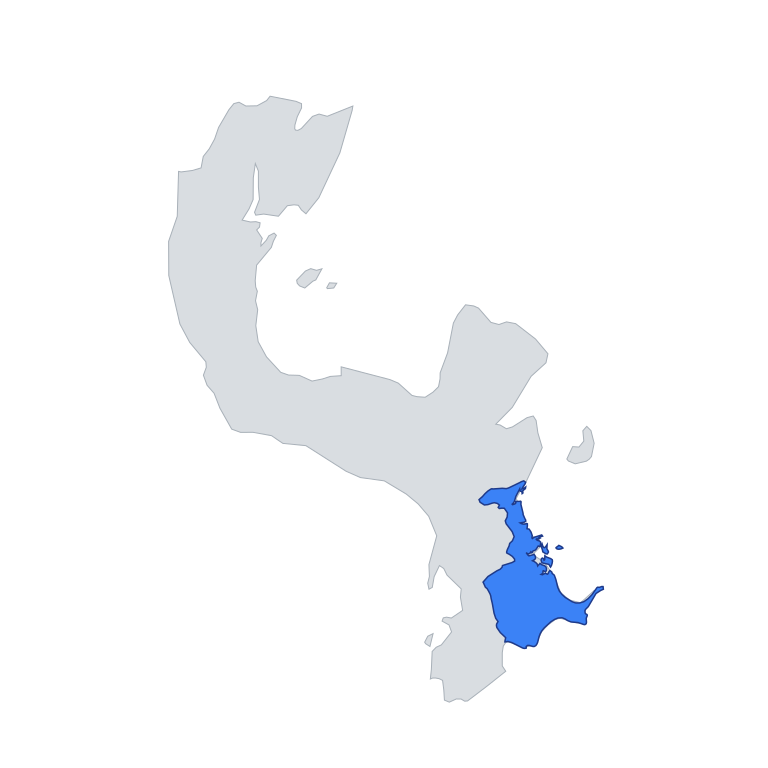 Chiriquí on a map of Panama (Natural Earth projection), rotated 232°
{"feature_id": "PAN-1332", "entity_name": "Chiriquí", "entity_type": "Province", "adm_level": 1, "iso_a3": "PAN", "parent_name": "Panama", "parent_adm1": "", "projection": "natural_earth1", "projection_center": [-82.256, 8.459], "detail": "fine", "context": "in_parent", "style": "filled", "palette": "blue", "viewbox_px": 768, "rotation_deg": 232, "n_neighbors": 0, "source": "natural_earth", "source_scale": "10m", "svg_char_len": 6880}
<svg xmlns="http://www.w3.org/2000/svg" viewBox="0 0 768 768"><g transform="rotate(232 384 384)"><path d="M678.0,353.0L676.0,354.7L670.2,364.5L666.9,372.9L674.6,381.7L676.9,391.1L681.3,401.3L688.0,411.6L695.6,430.6L697.4,438.3L695.3,443.2L688.1,446.3L681.4,455.2L679.6,466.0L680.9,471.4L660.9,488.7L655.7,491.6L652.3,489.0L648.0,480.2L642.9,473.2L640.1,470.8L638.5,470.6L636.9,472.3L636.2,476.1L638.9,492.4L636.7,499.0L629.9,504.1L622.2,530.6L619.1,527.2L593.3,491.5L570.9,447.3L566.2,427.3L572.0,426.1L577.6,426.5L580.6,423.4L584.0,417.6L581.2,404.1L592.0,393.8L596.0,386.9L599.0,387.7L606.1,399.5L616.4,406.2L629.1,416.1L636.9,418.3L627.0,408.0L609.9,394.4L605.1,385.5L600.5,373.1L593.9,378.5L590.8,383.0L587.3,385.6L584.3,382.5L583.8,378.5L573.7,377.7L571.1,374.0L568.5,372.0L569.7,379.7L571.7,384.5L570.6,390.3L567.4,390.7L564.6,384.7L561.0,379.3L556.1,356.8L544.7,346.1L539.4,342.6L535.1,341.3L528.7,334.0L520.3,330.2L508.9,318.9L494.8,310.9L477.7,308.1L456.8,309.8L449.8,314.3L445.1,320.0L442.9,322.6L430.6,329.1L425.9,338.5L423.0,346.4L416.9,355.4L423.9,360.8L383.8,391.4L375.9,395.8L357.8,399.0L353.7,402.2L348.2,408.3L347.4,417.5L348.3,425.3L353.5,431.3L358.2,435.1L369.4,453.3L389.3,476.2L393.1,484.6L396.2,497.0L390.2,502.8L385.6,505.2L366.7,506.2L360.1,511.2L357.5,518.8L350.5,524.9L326.1,531.1L306.9,531.8L301.0,524.7L299.5,504.7L286.6,470.7L283.5,447.3L280.3,450.2L273.4,452.9L271.1,458.8L269.4,476.0L266.9,481.9L261.6,481.4L250.8,475.2L236.4,469.5L218.0,432.9L216.0,426.0L212.4,417.7L198.2,414.3L186.2,408.1L172.9,407.2L166.2,410.6L159.3,406.2L158.1,396.2L144.3,400.7L126.5,399.1L110.6,394.8L99.7,397.1L90.6,404.2L91.9,422.5L89.2,426.1L88.8,418.6L85.6,410.0L81.8,402.9L73.8,395.6L73.4,392.9L76.6,389.1L91.1,378.5L92.9,374.0L93.2,364.8L91.8,355.9L85.2,342.8L89.0,334.8L96.5,328.3L104.1,323.2L105.4,321.0L104.0,316.6L99.5,311.8L89.0,303.6L82.7,303.1L82.5,279.6L82.8,254.7L84.4,252.3L88.3,250.8L91.3,247.0L93.1,239.6L97.7,237.0L106.0,242.7L114.4,247.7L117.9,246.0L120.6,243.6L122.4,241.2L123.0,238.9L129.8,245.5L143.6,257.3L144.4,263.1L143.1,268.6L147.0,284.6L154.1,286.9L161.4,283.8L163.2,286.7L161.8,289.7L158.1,293.0L157.2,306.6L169.0,313.0L175.0,318.7L194.6,316.0L201.8,317.5L206.8,315.9L201.3,304.9L194.0,296.8L194.6,293.1L200.1,295.8L204.4,301.3L214.0,308.2L231.9,332.1L252.3,337.8L268.4,337.1L283.5,333.8L307.5,324.6L324.8,307.8L338.6,300.4L383.5,284.5L399.4,267.8L406.1,265.6L412.5,263.6L426.6,251.0L434.2,241.2L442.2,236.2L465.9,239.8L481.3,244.4L491.9,243.8L502.1,247.1L506.6,254.3L511.2,257.3L536.3,256.5L556.9,260.1L602.0,281.2L629.0,302.1L643.4,324.3L678.0,353.0ZM225.8,517.7L219.9,518.4L207.9,513.1L199.1,502.8L198.4,499.4L198.6,496.0L203.4,485.5L209.8,481.9L212.3,481.9L218.5,494.1L214.3,498.8L216.0,506.3L224.7,511.9L225.8,517.7ZM515.1,400.8L513.0,406.0L508.0,394.3L508.8,391.3L508.4,380.7L513.2,377.9L516.7,377.6L519.6,379.1L521.4,391.6L520.0,397.3L515.1,400.8ZM158.3,263.2L157.1,269.0L148.9,258.6L153.8,256.9L155.5,257.1L158.3,263.2ZM497.3,403.3L492.5,408.8L490.6,403.5L494.0,398.1L495.1,398.1L497.3,403.3Z" fill="#d9dde1" stroke="#a8b0b8" stroke-width="1"/><path d="M77.5,402.0L76.8,401.9L76.2,401.4L75.2,399.6L74.6,398.9L71.6,396.9L70.6,395.7L70.7,394.1L71.7,393.2L76.5,390.1L81.3,384.9L84.4,383.1L87.4,382.0L90.2,380.4L92.5,377.0L93.5,373.4L93.9,369.0L93.2,360.3L92.4,356.6L91.1,353.4L89.3,350.5L85.9,346.1L85.0,344.5L84.4,342.7L84.6,340.9L85.4,339.8L88.6,337.5L89.6,336.2L89.6,334.5L88.8,333.9L88.3,333.3L89.3,331.7L90.6,330.7L101.6,325.5L104.8,323.2L106.3,320.5L106.9,321.0L109.2,323.7L116.5,322.6L122.6,323.0L124.3,323.8L125.5,324.9L126.6,327.6L130.6,327.8L135.6,329.6L144.5,334.3L149.3,336.5L151.2,337.6L153.2,338.3L156.5,338.9L159.4,339.3L160.0,339.1L161.5,338.8L162.3,339.0L166.7,340.1L166.9,340.1L168.3,347.4L167.3,357.9L166.5,361.5L166.9,364.2L168.0,365.6L164.5,374.9L164.0,377.9L165.7,379.1L169.1,379.0L172.6,377.9L174.3,377.1L175.4,376.7L176.4,377.5L177.6,379.3L179.4,382.9L181.0,384.9L181.4,388.7L183.6,392.6L188.7,394.1L198.6,394.2L201.5,395.3L203.3,399.1L206.4,402.0L212.0,402.3L213.7,400.3L214.9,398.2L216.5,398.0L217.5,400.4L220.1,399.8L222.5,397.9L223.5,395.9L225.0,391.6L226.9,388.6L231.7,386.9L234.4,387.7L234.7,392.4L235.4,396.2L235.7,399.9L235.4,403.6L235.1,404.3L235.0,404.6L234.3,405.1L229.0,413.0L226.3,415.9L225.9,416.8L225.4,418.1L222.7,430.5L222.5,432.0L222.0,433.4L221.6,434.5L219.4,435.1L218.6,434.0L217.0,429.3L216.4,428.1L215.7,430.0L215.6,431.0L215.6,432.2L214.5,431.0L214.5,429.1L214.3,427.4L212.6,426.4L212.6,425.4L213.6,426.0L214.4,426.3L215.1,426.1L215.6,425.4L216.4,425.4L216.7,425.8L217.0,425.9L217.8,426.4L214.2,418.6L211.8,415.3L210.7,413.3L210.4,411.0L209.8,411.0L209.2,412.4L208.9,413.8L209.2,414.8L210.4,415.3L209.8,416.3L208.2,418.3L207.5,419.5L206.8,419.5L204.9,417.8L196.5,414.0L195.6,413.3L191.1,412.1L189.6,411.9L188.5,411.1L188.9,409.2L190.7,405.8L189.4,406.3L187.9,407.4L186.8,408.9L186.3,410.5L185.6,410.9L184.1,409.8L181.9,407.6L180.3,409.0L176.8,408.7L173.3,407.5L171.6,405.8L170.9,405.8L170.7,408.1L168.1,415.0L167.8,414.7L167.4,414.5L167.2,414.4L167.2,415.3L166.5,415.3L167.5,412.4L167.5,411.4L166.5,411.9L166.7,410.8L166.8,410.1L167.2,409.6L167.9,409.3L167.9,408.4L166.5,408.5L164.7,409.8L163.2,410.1L162.3,409.7L160.9,408.1L159.8,407.6L159.8,406.8L160.4,406.6L160.9,406.1L161.4,405.8L160.1,402.0L160.0,400.3L160.6,399.1L160.6,398.2L160.0,397.6L159.9,397.0L160.1,396.3L160.6,395.7L160.8,396.0L160.7,396.3L160.8,396.6L161.4,396.5L160.8,394.8L161.0,393.6L161.8,392.7L163.6,392.2L161.1,392.1L159.7,392.2L159.2,392.7L157.5,396.7L157.4,397.4L155.3,397.2L153.6,396.4L152.9,394.8L153.3,392.2L151.6,393.1L149.7,393.7L147.8,393.9L146.0,393.1L146.2,393.9L146.4,395.7L146.6,396.5L144.9,396.8L141.9,398.6L140.5,399.1L138.5,398.4L136.9,397.0L136.7,395.6L138.7,394.7L138.7,394.0L137.8,393.5L137.3,392.8L137.1,391.8L137.2,390.6L136.1,391.5L135.9,393.0L135.5,394.6L133.5,395.7L133.5,396.5L133.9,397.2L134.4,398.1L134.7,399.0L134.9,399.9L132.9,400.4L132.2,400.4L131.3,399.9L128.5,400.5L124.2,399.1L116.7,395.7L112.8,394.7L108.6,394.7L104.3,395.4L96.8,398.1L93.5,400.2L91.0,403.3L89.4,407.6L89.2,412.7L89.9,418.0L92.4,426.4L92.4,427.1L91.0,428.8L90.4,430.8L89.5,431.9L87.2,430.5L87.9,427.7L88.4,422.1L82.8,407.9L82.3,404.0L81.6,402.7L79.7,401.5L78.8,401.4L77.5,402.0ZM146.6,402.5L149.6,405.0L147.5,405.6L143.7,407.9L141.9,408.4L140.7,407.7L139.2,406.1L137.9,404.2L137.2,402.5L137.9,402.5L140.3,402.9L145.8,398.4L148.1,399.1L149.4,400.4L149.4,401.6L148.3,402.2L146.6,401.6L146.6,402.5ZM160.6,410.1L158.4,409.3L156.9,409.2L156.2,409.7L156.2,410.8L156.3,411.4L157.0,413.6L154.0,411.0L153.2,410.8L151.0,410.5L150.3,410.1L149.5,408.1L150.5,407.0L154.0,405.8L155.5,406.6L157.7,407.4L159.7,408.5L160.6,410.1ZM144.6,424.0L144.9,422.5L145.6,420.9L146.6,419.5L147.7,418.7L149.0,418.6L149.2,419.4L149.1,420.8L149.2,422.4L147.3,423.4L146.1,423.9L144.6,424.0Z" fill="#3b82f6" stroke="#1e3a8a" stroke-width="1.5"/></g></svg>